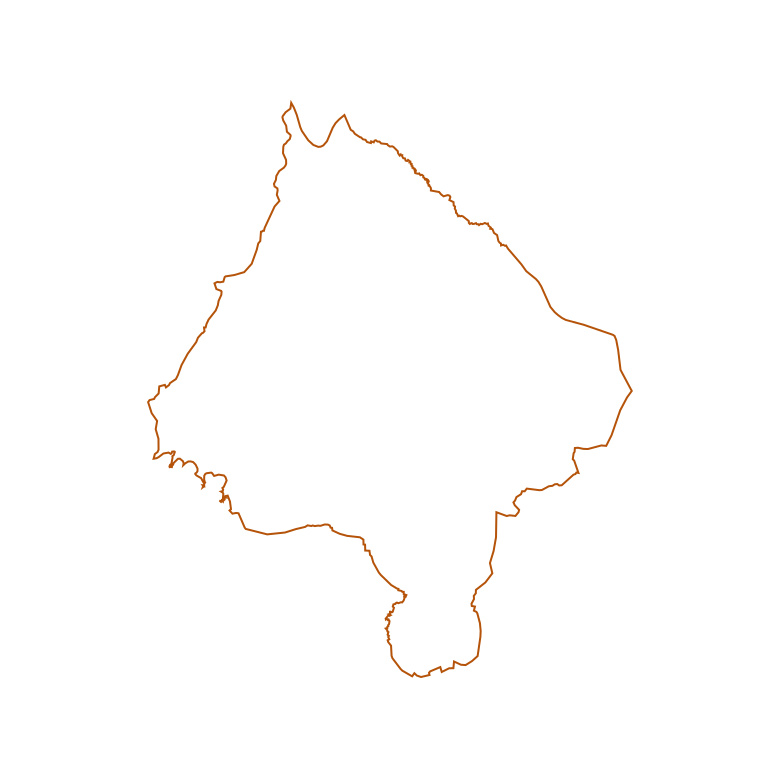 the district of Don Chan, Kalasin, Thailand, rotated 258°
{"feature_id": "78962969B80521164752578", "entity_name": "Don Chan", "entity_type": "district", "adm_level": 2, "iso_a3": "THA", "parent_name": "Thailand", "parent_adm1": "Kalasin", "projection": "mercator", "projection_center": [103.693, 16.477], "detail": "fine", "context": "isolated", "style": "outline", "palette": "amber", "viewbox_px": 768, "rotation_deg": 258, "n_neighbors": 0, "source": "geoboundaries", "source_scale": "gbopen_adm2", "svg_char_len": 6149}
<svg xmlns="http://www.w3.org/2000/svg" viewBox="0 0 768 768"><g transform="rotate(258 384 384)"><path d="M678.3,351.7L672.8,349.7L670.3,344.3L667.0,340.6L666.0,340.1L662.9,340.2L657.0,342.0L650.9,341.5L647.2,344.2L646.1,344.3L643.1,342.7L641.6,340.0L639.8,338.1L638.9,335.9L636.9,334.8L630.7,333.2L623.6,334.8L619.7,334.1L618.0,332.9L616.4,331.0L614.1,325.8L609.8,321.9L606.1,320.7L602.7,318.0L600.0,318.0L597.5,320.4L595.5,320.2L591.3,318.5L584.8,319.8L580.4,313.9L561.6,299.8L558.8,298.4L559.1,297.2L558.4,296.2L558.5,295.3L549.6,292.7L547.6,290.2L541.7,287.4L529.1,279.6L522.5,270.6L521.7,260.2L522.2,251.4L521.7,250.4L517.5,248.1L517.6,244.7L518.5,242.2L517.7,239.1L511.7,239.8L508.9,244.1L508.0,244.3L505.0,243.4L499.7,239.5L495.5,237.8L490.9,234.7L483.5,225.8L479.5,222.8L476.4,221.3L476.7,219.7L472.9,219.4L471.6,217.5L471.5,216.4L467.9,211.6L464.1,209.1L454.4,198.3L444.6,189.9L435.6,184.3L432.1,181.5L429.4,174.9L427.6,173.4L426.0,170.0L428.7,169.5L428.4,163.7L421.6,161.6L418.7,157.2L417.2,156.1L417.0,151.3L415.3,149.5L403.7,150.7L395.0,154.4L387.3,151.3L377.3,152.0L366.5,149.8L364.5,148.3L363.1,145.3L358.8,143.1L358.7,146.0L359.3,148.3L361.9,153.8L361.7,159.0L360.0,160.9L360.3,161.7L361.9,162.7L361.7,164.6L361.3,165.2L360.7,165.1L358.0,163.4L357.4,162.0L355.8,161.8L350.1,159.4L349.3,157.8L347.3,156.7L347.3,156.2L347.2,156.9L348.4,157.7L347.2,158.1L346.8,159.2L348.6,159.9L348.8,160.9L350.4,161.7L353.7,166.9L353.4,168.8L350.4,171.2L348.2,171.6L346.3,170.8L347.7,173.0L348.9,176.5L348.5,178.7L347.3,181.1L344.2,183.0L340.0,184.0L337.6,183.5L336.4,182.4L335.7,180.8L335.0,180.7L333.5,181.6L329.9,185.6L325.8,186.7L324.8,188.3L323.4,186.7L321.9,186.8L322.3,185.6L321.5,185.8L321.1,186.1L321.1,185.5L320.6,185.2L321.1,186.2L322.1,185.8L321.4,186.9L322.2,187.1L321.9,187.5L323.1,186.7L324.7,188.4L327.9,188.2L331.6,189.1L333.0,190.3L333.6,191.7L333.3,196.5L332.5,197.4L329.4,198.7L329.7,203.5L327.8,208.4L325.7,209.6L322.3,210.0L316.7,205.9L315.9,204.3L314.2,204.7L312.8,204.0L312.7,202.2L311.2,203.7L309.9,204.0L305.8,202.7L305.2,203.0L304.5,202.4L304.4,201.4L303.5,201.0L303.5,199.7L304.3,198.8L302.5,200.1L303.3,201.3L302.6,201.9L303.8,202.1L303.5,203.0L304.1,204.1L306.3,204.4L305.9,205.6L306.7,205.1L307.3,205.4L307.3,207.9L301.1,208.9L293.4,208.3L292.4,206.6L288.7,208.8L288.6,212.6L287.8,214.8L272.5,217.9L271.0,218.6L261.2,238.5L259.3,256.3L260.4,267.7L260.6,277.1L261.6,279.9L260.2,283.4L260.4,284.9L259.4,286.8L259.2,290.1L258.5,292.3L258.9,296.9L258.1,299.9L256.9,301.5L254.6,301.9L254.1,303.3L251.5,303.1L246.7,309.5L243.1,316.4L239.1,328.5L236.1,331.5L231.3,330.6L230.8,332.1L225.0,331.0L223.9,335.1L219.7,334.8L217.9,336.0L211.6,336.4L200.8,339.7L197.8,341.2L185.9,349.2L181.2,354.2L180.6,355.5L179.3,355.1L177.9,358.2L176.9,358.7L176.6,360.1L174.4,359.6L172.9,362.0L171.5,361.0L172.5,359.8L171.6,359.4L170.9,359.9L168.0,358.1L166.6,356.3L167.0,355.3L166.6,352.5L167.5,351.2L167.1,349.7L166.5,349.4L166.5,347.4L164.5,346.3L163.1,347.2L159.4,345.2L159.0,344.1L159.9,343.3L160.0,342.5L157.9,342.0L157.8,340.9L156.5,342.4L156.1,341.1L156.8,340.2L154.1,336.8L153.3,336.9L153.9,337.9L153.0,338.4L152.9,339.2L152.1,339.0L151.9,339.8L150.9,340.1L148.1,339.0L147.2,337.9L146.3,337.9L145.7,336.7L144.6,336.5L144.5,334.9L142.3,336.1L141.2,335.9L140.4,336.7L138.0,335.4L136.6,336.4L135.7,335.5L133.2,336.1L132.6,334.3L130.6,334.5L126.6,336.5L116.5,334.9L113.9,335.3L101.8,341.0L99.7,342.4L92.2,350.8L94.8,353.6L92.0,355.5L89.7,359.3L89.9,368.0L92.2,368.0L93.3,369.4L95.4,380.2L90.3,380.6L92.4,388.6L91.6,392.8L98.0,394.8L93.4,400.9L92.1,405.4L94.7,412.5L98.4,419.0L116.6,425.7L122.3,427.2L130.1,428.1L140.3,427.6L141.9,427.0L143.6,424.8L147.4,426.7L148.6,423.7L150.9,423.9L154.9,427.3L158.1,427.8L160.2,430.3L163.5,431.1L168.8,441.9L176.3,450.6L186.8,450.4L197.9,456.5L210.8,461.7L235.2,467.3L229.4,476.5L229.4,479.8L227.6,485.1L230.6,488.9L232.8,490.0L238.2,486.7L241.3,486.0L242.7,487.9L245.9,490.1L247.7,495.1L250.4,496.8L249.8,499.3L252.0,501.9L247.8,514.0L247.5,516.5L249.7,524.0L249.4,527.6L250.4,530.2L250.1,532.7L248.3,534.3L248.0,536.8L255.9,550.5L256.1,552.5L257.4,553.8L256.6,555.7L269.5,554.1L271.2,553.0L276.9,555.1L278.0,556.3L281.7,557.4L281.3,560.5L279.1,565.5L278.0,570.0L278.7,583.8L277.3,588.5L286.7,596.0L309.2,609.6L320.4,619.0L325.7,624.9L348.6,618.3L368.6,620.1L378.7,620.3L383.1,619.5L384.6,618.0L400.4,591.7L408.7,575.4L411.5,571.9L415.3,568.5L418.8,565.9L424.7,562.8L446.7,558.1L451.8,556.3L455.1,554.4L464.8,546.6L472.4,543.3L490.6,533.4L494.1,532.2L494.0,531.1L495.4,529.5L495.2,527.3L497.1,527.6L498.3,526.4L500.2,525.6L506.1,525.6L508.9,523.0L512.9,522.3L513.8,520.2L514.8,521.0L517.1,519.1L519.4,519.0L519.3,517.7L520.5,516.2L519.9,513.2L520.6,511.9L519.7,510.0L520.6,509.6L521.0,508.0L522.2,507.5L521.9,505.2L522.2,503.8L523.1,503.4L523.2,502.7L522.7,501.2L523.9,500.5L525.7,500.8L531.4,496.2L532.3,494.8L532.2,493.4L533.0,492.6L532.7,491.4L535.7,490.8L536.5,490.0L538.7,490.4L540.8,489.7L542.8,490.4L544.1,489.3L547.5,489.8L550.3,486.2L553.1,487.8L554.6,487.3L555.5,485.7L555.2,481.3L557.7,479.2L560.3,477.9L563.5,470.1L565.9,470.6L567.8,470.0L568.7,468.9L569.3,469.5L571.0,468.5L572.0,469.1L571.8,468.4L572.4,468.2L573.4,468.4L573.1,469.7L574.6,469.4L575.8,468.1L575.9,467.4L575.2,467.1L575.5,466.6L577.3,466.3L577.9,465.4L579.4,465.7L580.8,464.5L580.7,463.0L582.7,462.2L582.5,461.1L583.8,458.4L586.1,458.4L585.7,459.3L586.3,459.6L588.3,458.7L588.6,457.7L589.2,457.7L589.6,456.8L591.1,457.2L591.7,456.3L593.4,456.8L593.7,455.9L595.8,456.0L595.7,455.0L596.8,455.3L598.2,454.1L597.3,453.1L598.0,451.6L600.3,451.4L600.8,449.8L603.1,449.1L604.0,449.4L604.2,448.1L605.0,448.0L604.2,446.8L607.0,445.7L608.8,445.9L614.0,442.5L614.8,441.4L615.0,439.2L616.8,437.4L618.0,437.0L619.9,431.2L622.0,430.0L622.5,428.0L624.1,426.7L624.0,425.3L622.5,424.2L624.0,421.9L622.4,421.3L624.2,417.7L626.7,416.7L627.7,414.3L630.1,412.7L630.4,411.8L634.8,407.5L637.5,406.4L639.6,404.3L655.3,401.2L652.2,395.2L649.2,390.8L645.3,387.1L633.3,378.7L630.0,374.3L629.3,371.5L629.6,369.0L632.5,364.6L638.1,360.6L648.5,356.3L652.6,355.5L665.5,354.6L673.1,353.3L678.3,351.7Z" fill="none" stroke="#b45309" stroke-width="2"/></g></svg>